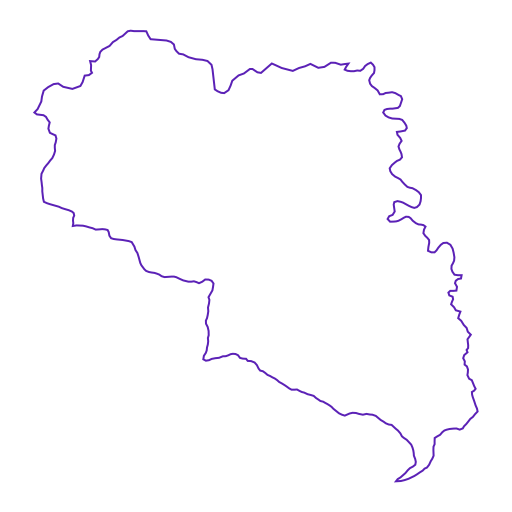 outline of Tupaciguara, Minas Gerais, Brazil
{"feature_id": "56859067B46869230194574", "entity_name": "Tupaciguara", "entity_type": "district", "adm_level": 2, "iso_a3": "BRA", "parent_name": "Brazil", "parent_adm1": "Minas Gerais", "projection": "albers", "projection_center": [-48.725, -18.573], "detail": "fine", "context": "isolated", "style": "outline", "palette": "violet", "viewbox_px": 512, "rotation_deg": 0, "n_neighbors": 0, "source": "geoboundaries", "source_scale": "gbopen_adm2", "svg_char_len": 5950}
<svg xmlns="http://www.w3.org/2000/svg" viewBox="0 0 512 512"><path d="M348.4,63.6L344.4,64.1L340.8,64.7L335.2,62.8L331.0,62.7L324.4,66.9L318.3,67.8L310.4,63.9L305.1,66.3L299.0,68.0L292.8,70.9L281.7,68.0L275.2,65.0L271.8,63.5L261.0,72.9L257.4,72.3L252.5,69.0L249.9,69.0L243.9,73.5L238.6,75.4L232.3,80.7L230.6,85.6L228.5,90.2L224.2,93.1L221.1,92.8L217.5,91.2L214.8,89.4L212.5,69.2L211.5,64.8L207.5,61.0L202.5,59.8L195.8,59.2L188.5,57.2L183.2,54.4L179.0,53.7L176.4,51.1L174.8,48.9L173.9,44.5L170.9,41.9L166.5,40.5L150.6,39.2L148.2,35.5L146.3,31.3L142.9,31.1L133.8,31.1L130.6,30.7L127.7,31.3L122.6,36.0L119.4,37.5L116.5,39.9L112.9,42.1L109.6,45.9L102.5,49.6L100.3,51.9L99.5,54.2L99.2,57.0L97.8,59.1L95.1,61.5L90.1,61.1L91.1,65.1L90.9,70.7L92.0,72.8L88.9,75.1L84.7,75.6L82.6,82.1L80.4,86.0L72.4,88.9L63.2,86.8L58.2,83.5L53.6,84.1L48.2,87.1L43.7,90.6L42.0,96.5L41.3,101.5L37.6,109.1L34.4,112.5L36.9,114.4L43.5,115.2L46.0,116.9L47.6,119.7L49.7,122.4L48.9,125.7L48.4,128.7L49.9,132.8L52.6,134.1L55.5,135.4L56.4,138.6L55.7,142.4L54.8,145.1L54.8,147.8L55.1,150.9L54.0,154.5L52.3,158.1L50.2,160.5L48.3,163.1L46.3,165.4L44.3,168.0L43.1,170.7L41.5,173.8L41.1,178.6L41.6,182.2L41.9,185.1L42.3,188.0L42.3,191.4L43.1,198.4L43.9,201.8L47.0,203.2L49.7,204.1L58.8,206.7L61.8,208.1L65.0,209.1L68.8,210.2L72.0,211.6L73.7,213.1L74.2,215.6L73.2,217.8L73.0,220.6L73.3,223.2L72.8,226.0L76.6,225.4L83.0,225.7L86.1,226.4L89.4,227.4L92.6,228.2L95.7,229.6L99.0,229.4L102.4,229.1L105.2,229.4L107.6,230.0L108.7,232.1L109.4,235.7L111.1,238.2L113.7,239.0L116.6,239.4L122.7,240.0L128.8,241.1L131.7,242.1L134.4,246.6L135.5,250.1L137.4,253.0L138.6,256.8L140.3,263.0L141.4,265.3L142.9,267.3L144.3,269.2L146.1,270.9L148.9,272.0L151.5,272.5L154.5,272.9L157.0,273.7L159.3,274.6L161.6,276.2L164.5,277.1L171.5,276.6L174.0,276.6L176.3,277.2L179.6,278.8L183.2,280.4L188.5,281.7L191.1,281.7L193.9,281.3L196.5,282.1L199.0,283.2L202.3,281.7L205.2,279.5L208.7,279.6L211.6,280.8L213.5,283.5L213.0,287.1L212.4,290.4L208.5,297.2L209.4,299.9L209.0,303.5L208.0,307.5L208.3,311.3L207.7,315.1L207.0,318.2L205.9,320.6L206.0,323.7L207.7,327.0L208.6,331.0L208.7,335.2L207.9,338.0L208.2,341.4L207.8,344.6L207.0,347.5L206.7,350.4L205.8,352.9L203.9,355.8L203.3,359.3L205.9,360.7L209.0,360.2L211.7,358.9L215.3,358.2L219.1,357.8L222.8,356.3L225.8,356.2L228.3,355.3L230.6,354.2L232.8,353.8L235.5,354.0L238.0,355.2L240.0,357.9L242.7,358.6L246.1,358.8L247.7,360.9L251.1,361.1L254.6,362.5L256.9,365.1L258.6,368.6L260.2,370.6L262.8,371.2L265.2,372.9L267.5,374.9L270.1,376.0L272.3,377.3L274.8,378.5L277.1,380.1L279.2,382.0L281.8,383.4L284.7,385.2L286.9,386.7L289.2,388.4L291.6,389.7L293.9,389.7L297.0,389.5L299.5,390.9L301.8,392.0L304.2,392.6L307.6,394.2L310.8,395.0L313.7,395.9L316.0,398.0L318.3,399.5L320.4,401.0L323.2,401.7L325.2,402.9L327.3,404.0L329.7,405.5L331.6,406.9L333.4,408.8L339.0,413.3L341.9,414.7L344.8,415.6L349.6,413.5L352.6,412.8L356.0,413.0L358.9,413.9L362.9,414.7L366.5,413.9L369.8,414.5L372.4,414.7L375.8,415.9L380.7,420.0L383.6,421.7L385.8,423.3L388.7,424.5L391.6,424.9L395.7,428.7L397.9,430.5L400.4,433.4L401.9,436.3L403.7,437.8L406.7,439.8L411.2,444.6L412.5,447.6L413.3,450.4L413.7,453.0L413.9,455.7L415.2,459.0L415.8,461.9L415.3,464.7L412.9,466.6L410.0,468.1L407.8,470.2L405.4,473.1L400.5,477.4L397.7,479.1L396.0,481.3L400.9,481.0L404.6,480.1L408.5,478.8L414.3,476.0L416.9,474.4L419.8,472.4L422.7,470.6L424.6,468.6L426.9,467.6L429.1,464.8L430.8,461.1L432.3,458.7L433.6,455.7L433.4,449.8L433.5,446.7L434.6,444.2L434.6,441.1L434.7,438.0L437.2,436.4L440.1,434.8L442.3,432.2L444.4,430.5L446.6,429.7L449.5,429.0L453.4,428.6L456.5,428.5L459.7,429.6L462.8,428.4L464.0,426.3L466.3,424.0L468.3,421.5L470.3,418.9L472.9,416.9L475.0,414.2L477.6,411.5L477.0,408.6L475.6,405.4L474.1,400.8L472.8,397.2L472.1,394.7L471.9,392.0L474.1,390.7L475.6,388.8L474.2,386.1L473.0,383.1L471.8,380.2L469.1,378.7L467.4,375.1L467.8,372.7L468.0,369.5L466.9,366.4L464.6,364.6L464.8,361.3L463.2,358.2L464.2,355.1L467.5,352.3L466.6,350.0L468.1,348.1L468.2,345.3L467.8,342.0L467.5,339.3L470.8,334.7L467.8,331.7L466.6,327.9L463.8,325.0L461.2,320.8L458.2,318.2L459.2,314.8L460.4,311.6L455.8,310.3L454.1,307.3L451.1,304.3L452.0,301.7L453.1,299.2L452.6,296.7L449.3,295.4L448.4,292.6L450.2,290.9L453.1,290.9L456.4,290.6L457.0,286.8L455.0,283.2L455.8,280.7L458.1,279.0L461.0,278.5L461.6,275.2L457.9,275.2L454.5,274.7L452.4,271.7L451.4,268.9L451.6,265.6L452.9,263.4L454.1,260.7L454.4,257.3L453.6,252.6L452.6,248.6L450.4,244.8L446.9,242.7L443.3,243.0L440.8,244.8L438.3,247.7L436.5,250.4L434.6,252.3L431.3,252.3L428.0,250.8L428.4,247.0L429.2,242.9L429.1,240.0L427.3,237.8L425.2,235.8L423.4,233.2L424.0,229.6L425.5,226.6L423.4,225.1L421.0,224.6L418.5,224.4L415.9,223.2L412.7,220.7L410.6,218.2L408.7,216.9L406.0,216.7L403.9,217.7L401.3,219.3L398.4,220.8L396.1,221.4L393.7,221.6L390.1,221.7L387.6,219.0L389.2,216.2L392.6,214.9L394.7,211.5L393.7,204.6L394.3,202.1L397.5,201.1L400.7,201.8L403.0,202.6L408.8,205.8L411.6,207.1L414.3,207.9L416.9,207.1L419.5,204.6L420.6,201.2L421.0,198.1L421.0,195.1L418.8,192.2L416.0,190.1L412.5,188.2L409.8,187.7L407.4,186.9L404.7,184.4L402.2,181.7L400.5,179.5L398.1,178.1L395.1,176.6L392.1,174.1L390.3,171.2L389.7,168.3L391.9,165.1L394.9,162.5L397.0,160.9L399.9,159.7L402.0,157.3L401.5,154.1L400.6,151.8L399.4,149.4L398.5,146.5L399.6,143.7L401.6,140.9L400.2,137.9L397.5,134.8L396.9,131.9L400.3,131.5L405.0,130.6L406.8,128.1L406.3,125.7L404.6,122.9L402.2,119.9L399.3,118.9L395.6,118.7L392.2,118.5L388.6,117.4L385.5,115.6L383.2,112.5L384.5,109.9L387.0,109.0L389.8,108.7L392.3,108.7L397.9,107.9L399.9,106.0L402.2,99.2L400.9,96.1L398.8,95.1L395.3,93.1L392.1,92.2L388.6,92.7L385.6,93.0L383.1,94.2L379.8,94.3L377.6,90.4L374.4,87.8L371.9,86.1L370.1,83.7L369.2,80.2L370.1,77.9L371.7,75.6L374.0,73.0L374.5,70.2L374.5,67.2L373.0,64.7L370.8,62.6L367.6,64.1L365.1,66.0L363.2,68.8L360.3,70.8L357.2,70.5L354.0,71.2L350.8,71.2L347.5,70.8L344.7,69.6L346.1,66.9L348.4,63.6Z" fill="none" stroke="#5b21b6" stroke-width="2"/></svg>